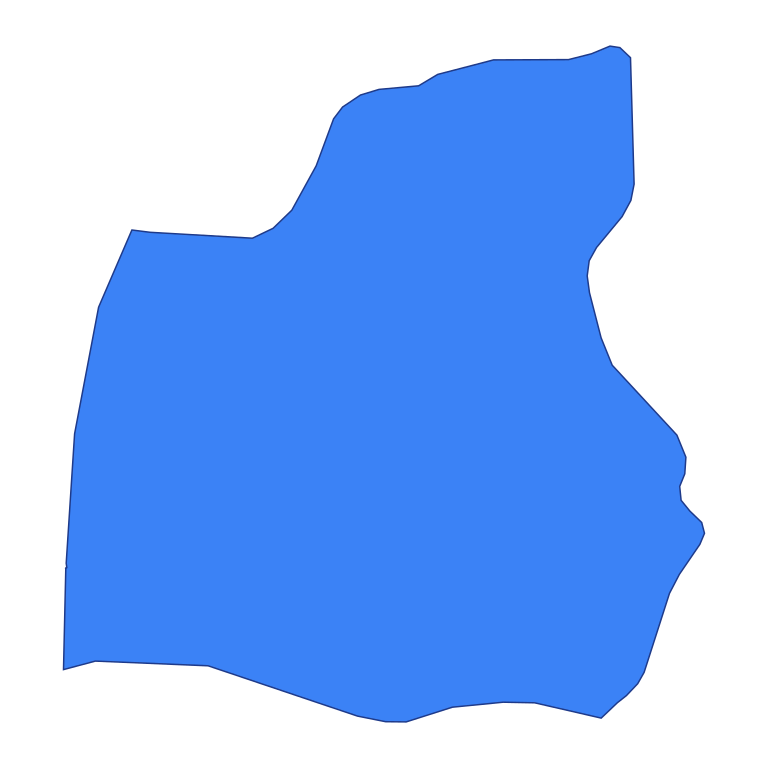 the Province of Madaba
{"feature_id": "JOR-858", "entity_name": "Madaba", "entity_type": "Province", "adm_level": 1, "iso_a3": "JOR", "parent_name": "Jordan", "parent_adm1": "", "projection": "orthographic", "projection_center": [35.711, 31.597], "detail": "fine", "context": "isolated", "style": "filled", "palette": "blue", "viewbox_px": 768, "rotation_deg": 0, "n_neighbors": 0, "source": "natural_earth", "source_scale": "10m", "svg_char_len": 843}
<svg xmlns="http://www.w3.org/2000/svg" viewBox="0 0 768 768"><path d="M63.5,669.6L65.8,568.2L65.2,567.6L66.1,568.3L66.8,567.7L66.6,566.1L66.2,563.3L74.6,433.8L98.6,307.2L131.9,230.0L150.2,232.3L252.4,238.2L273.1,228.3L291.8,210.2L316.2,165.8L333.6,118.8L342.6,107.0L360.5,95.0L379.0,89.4L418.6,85.8L437.7,74.4L493.5,59.9L568.5,59.6L591.4,53.8L610.0,46.1L619.9,47.6L630.5,57.7L634.1,184.1L630.9,200.4L622.1,216.6L596.6,247.4L589.2,260.7L587.2,275.9L589.5,292.8L601.1,337.8L612.2,365.2L676.9,435.1L685.9,457.2L684.8,473.8L679.7,486.4L681.1,500.3L689.9,511.1L701.7,522.5L704.5,533.3L699.9,544.3L679.4,574.3L669.5,593.3L644.1,672.4L637.7,683.7L626.4,695.6L617.4,702.7L601.2,718.1L534.6,702.8L503.2,702.2L452.3,707.2L406.2,721.9L385.6,721.7L357.5,716.1L208.1,665.8L95.3,661.1L63.5,669.6Z" fill="#3b82f6" stroke="#1e3a8a" stroke-width="1.5"/></svg>